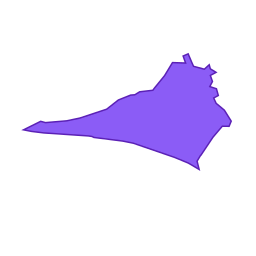 New Hanover, North Carolina, United States of America, rotated 76°
{"feature_id": "52423323B24644642941407", "entity_name": "New Hanover", "entity_type": "district", "adm_level": 2, "iso_a3": "USA", "parent_name": "United States of America", "parent_adm1": "North Carolina", "projection": "mercator", "projection_center": [-77.907, 34.159], "detail": "fine", "context": "isolated", "style": "filled", "palette": "violet", "viewbox_px": 256, "rotation_deg": 76, "n_neighbors": 0, "source": "geoboundaries", "source_scale": "gbopen_adm2", "svg_char_len": 728}
<svg xmlns="http://www.w3.org/2000/svg" viewBox="0 0 256 256"><g transform="rotate(76 128 128)"><path d="M70.6,51.7L71.5,57.1L78.9,56.4L75.3,69.0L86.1,79.9L95.6,92.6L97.4,94.8L95.7,107.9L97.4,113.4L96.7,117.5L98.5,130.6L104.6,144.2L106.7,172.4L106.2,185.8L102.8,206.8L100.4,211.1L104.5,229.8L107.9,222.6L112.4,210.9L126.1,168.4L127.5,165.0L128.9,163.4L139.4,136.3L144.0,126.6L167.6,90.2L167.8,89.9L176.6,78.0L185.4,69.0L176.9,69.0L172.2,64.3L172.1,63.9L157.5,47.8L149.1,36.1L150.8,29.5L146.3,26.2L134.0,30.2L125.4,36.5L119.6,37.6L118.3,32.5L111.3,32.7L107.6,38.6L103.3,34.8L96.9,35.4L95.3,29.1L90.5,33.8L86.3,33.9L89.4,39.7L84.0,49.5L80.5,50.1L80.1,50.2L70.6,51.7Z" fill="#8b5cf6" stroke="#5b21b6" stroke-width="1.5"/></g></svg>